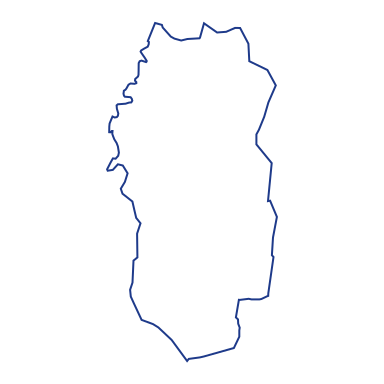 outline of Ikom, Cross River, Nigeria
{"feature_id": "59680162B83284995722346", "entity_name": "Ikom", "entity_type": "district", "adm_level": 2, "iso_a3": "NGA", "parent_name": "Nigeria", "parent_adm1": "Cross River", "projection": "equal_earth", "projection_center": [8.557, 6.106], "detail": "fine", "context": "isolated", "style": "outline", "palette": "blue", "viewbox_px": 384, "rotation_deg": 0, "n_neighbors": 0, "source": "geoboundaries", "source_scale": "gbopen_adm2", "svg_char_len": 1720}
<svg xmlns="http://www.w3.org/2000/svg" viewBox="0 0 384 384"><path d="M187.1,361.0L188.8,358.9L199.9,357.4L203.8,356.5L233.9,348.0L239.3,336.7L239.3,330.4L239.7,327.7L238.2,323.7L238.0,319.4L235.9,317.4L238.9,299.8L239.8,299.9L248.7,298.8L251.5,299.4L259.4,299.4L261.4,299.0L267.3,296.2L268.2,295.9L268.3,293.3L273.5,257.0L271.9,255.2L273.0,237.5L276.9,216.9L270.1,200.7L268.0,201.1L271.7,163.1L256.4,144.4L256.4,134.4L258.9,129.8L264.2,116.8L268.4,102.4L275.8,85.4L267.4,70.0L249.3,61.2L248.4,43.7L240.1,28.0L235.1,27.9L226.2,31.8L217.1,32.5L204.0,23.3L200.0,37.6L199.5,38.3L187.4,39.0L181.2,40.5L174.4,38.6L170.8,36.6L162.7,27.5L161.9,24.9L155.1,23.0L147.8,41.1L148.9,42.0L148.7,44.3L147.7,46.7L144.0,48.7L141.1,50.5L140.6,51.6L141.5,53.1L144.7,57.7L146.7,60.9L146.6,61.6L146.1,62.1L141.5,60.6L139.7,61.2L138.7,63.1L138.6,71.0L138.5,74.8L138.0,76.5L135.2,79.0L135.0,80.7L136.3,82.1L136.3,83.2L134.5,83.8L130.5,83.5L128.5,84.7L126.4,88.5L125.5,89.7L123.9,90.7L123.5,93.7L124.0,95.7L124.8,96.7L130.6,97.2L131.8,98.8L132.3,100.7L131.3,102.4L129.0,102.6L125.6,103.7L117.8,104.3L116.6,105.4L116.9,108.8L118.3,113.5L117.9,115.8L116.8,117.1L114.7,117.5L112.5,116.5L111.2,119.6L109.6,123.5L109.3,126.5L109.2,132.2L110.5,132.3L111.8,131.0L112.5,131.0L112.3,133.9L113.0,136.0L114.3,139.3L116.6,143.0L117.9,146.4L118.9,152.7L118.2,155.8L115.6,158.7L112.9,158.4L110.6,162.5L107.1,169.3L107.7,170.7L112.8,169.9L117.9,164.3L122.8,165.5L127.6,173.3L124.9,181.9L120.8,188.7L122.5,193.7L132.4,201.5L134.2,209.4L136.2,217.9L140.5,223.3L137.1,233.6L137.4,257.4L133.5,260.6L132.5,282.6L130.1,289.8L130.8,296.6L133.8,303.2L141.6,319.9L153.0,324.1L158.3,327.4L171.7,340.0L187.1,361.0Z" fill="none" stroke="#1e3a8a" stroke-width="2"/></svg>